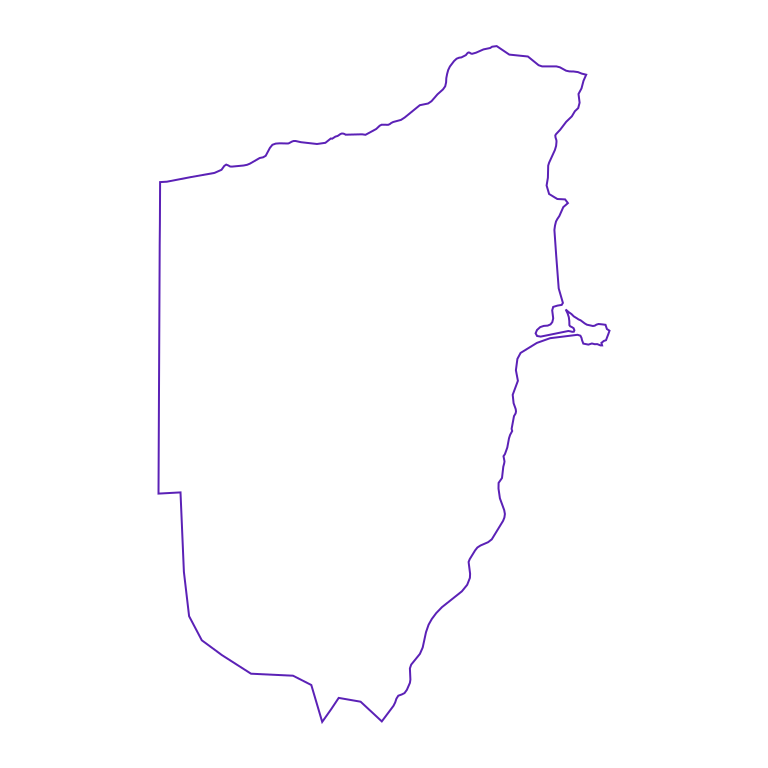 Bari, orthographic projection
{"feature_id": "SOM-1", "entity_name": "Bari", "entity_type": "Region", "adm_level": 1, "iso_a3": "SOM", "parent_name": "Somalia", "parent_adm1": "", "projection": "orthographic", "projection_center": [50.532, 10.16], "detail": "fine", "context": "isolated", "style": "outline", "palette": "violet", "viewbox_px": 768, "rotation_deg": 0, "n_neighbors": 0, "source": "natural_earth", "source_scale": "10m", "svg_char_len": 3328}
<svg xmlns="http://www.w3.org/2000/svg" viewBox="0 0 768 768"><path d="M158.5,493.6L158.6,472.7L158.7,451.9L158.8,431.2L158.9,410.4L159.0,389.7L159.1,368.9L159.2,348.2L159.3,327.4L159.4,306.6L159.5,285.9L159.6,265.1L159.7,244.3L159.9,223.6L160.0,202.8L160.1,182.1L166.9,181.7L190.8,177.1L214.5,172.9L221.5,169.8L224.3,165.9L226.2,164.6L228.4,165.5L230.1,166.5L232.0,166.6L243.6,165.5L247.1,164.8L250.0,163.6L259.7,158.0L263.1,157.3L265.7,155.8L269.9,147.9L272.4,144.8L275.7,143.6L279.9,143.3L288.0,143.5L289.0,143.2L291.9,141.6L293.6,141.0L295.6,141.0L301.0,142.2L317.0,144.0L325.4,142.8L330.8,138.5L332.2,138.7L335.4,136.6L337.5,136.0L338.2,135.6L340.5,134.0L341.9,133.5L343.2,133.6L344.5,134.0L345.3,134.5L345.6,134.7L362.1,134.3L365.5,134.8L376.2,129.0L379.7,125.7L381.7,124.7L388.2,124.8L389.8,124.1L391.2,123.0L393.2,122.0L401.0,119.9L404.7,117.5L419.8,105.2L428.1,103.5L431.5,101.2L437.5,94.3L443.0,89.4L445.2,86.3L446.1,82.4L446.3,78.2L447.1,74.0L448.2,70.0L449.9,66.5L454.0,61.1L456.6,58.7L459.1,57.7L461.4,57.4L465.9,55.1L466.8,53.9L467.6,53.0L468.4,52.5L469.5,52.6L471.1,53.6L472.1,53.8L476.0,52.7L483.5,49.4L490.2,48.0L492.1,46.7L496.7,46.1L509.3,54.6L527.9,56.5L538.6,65.2L542.1,66.4L556.4,66.4L559.9,67.3L566.1,70.7L569.4,71.4L573.6,71.5L578.0,72.1L581.7,73.6L586.2,74.7L583.5,80.8L581.5,88.4L578.5,94.0L579.6,102.7L578.2,108.1L574.9,111.2L571.8,116.4L566.2,121.8L560.2,129.7L556.0,134.2L555.3,135.4L555.5,137.4L556.4,140.2L556.5,141.7L556.1,145.9L554.9,150.0L549.1,162.7L548.2,165.6L547.9,177.7L546.6,185.5L549.1,194.0L557.3,199.0L565.1,199.4L567.9,203.1L563.3,207.1L559.3,216.1L557.4,218.9L556.0,221.5L555.0,225.6L554.4,229.9L556.2,255.6L558.7,288.4L562.9,302.9L561.7,304.9L557.5,305.6L553.2,306.9L552.2,310.3L553.2,318.3L552.3,322.1L550.5,324.4L547.7,325.6L543.8,325.9L540.2,327.1L537.0,330.0L535.6,333.3L537.1,336.0L540.7,336.6L568.3,331.0L570.2,331.3L572.2,331.8L573.8,331.7L574.4,330.3L573.6,328.2L571.9,327.1L570.2,326.3L569.4,325.2L569.3,321.0L568.8,317.1L567.6,313.4L565.7,309.5L568.5,312.0L571.4,314.0L573.8,316.4L576.9,318.3L578.5,319.4L580.6,320.3L584.7,323.4L586.9,324.7L590.2,325.4L592.9,326.0L594.7,325.7L596.5,324.6L598.6,324.0L602.4,324.4L605.5,324.8L606.9,329.0L609.5,330.7L608.4,333.9L606.0,340.2L603.7,341.0L602.8,341.8L601.4,342.9L602.1,345.4L600.5,345.4L597.2,344.1L594.8,344.2L591.9,343.5L588.4,344.6L583.3,343.6L582.0,340.1L581.5,337.9L580.4,335.7L577.5,334.8L550.1,338.2L536.9,342.9L520.6,352.9L517.4,358.9L515.9,370.2L517.9,380.8L512.7,394.8L513.6,403.2L515.7,409.1L516.0,411.4L515.6,413.4L514.0,416.1L511.6,428.9L512.2,431.0L510.1,434.9L509.0,438.3L507.3,447.5L504.9,454.2L503.5,456.2L504.5,461.4L504.2,463.3L503.3,466.7L502.0,478.0L498.6,482.9L498.5,488.6L499.9,498.3L504.2,510.1L504.9,514.0L504.4,517.5L503.1,520.8L491.8,539.3L488.1,542.2L480.5,545.5L477.4,547.5L475.1,550.4L469.7,559.2L468.6,562.0L470.1,573.8L469.9,577.9L467.2,584.8L461.9,591.3L441.9,607.2L436.3,613.0L431.8,619.0L428.6,624.7L426.0,632.2L422.7,647.5L419.9,653.9L411.2,664.6L409.9,668.4L410.4,679.6L409.9,682.9L406.9,689.8L404.5,693.1L401.7,694.5L398.3,695.7L396.4,698.7L395.2,702.4L393.5,705.8L381.8,721.4L360.6,701.7L338.7,697.9L331.3,709.0L322.2,721.9L311.3,685.0L293.0,675.7L251.0,673.7L221.9,655.1L201.8,640.3L189.1,616.2L183.9,571.9L180.5,492.4L158.5,493.6Z" fill="none" stroke="#5b21b6" stroke-width="2"/></svg>